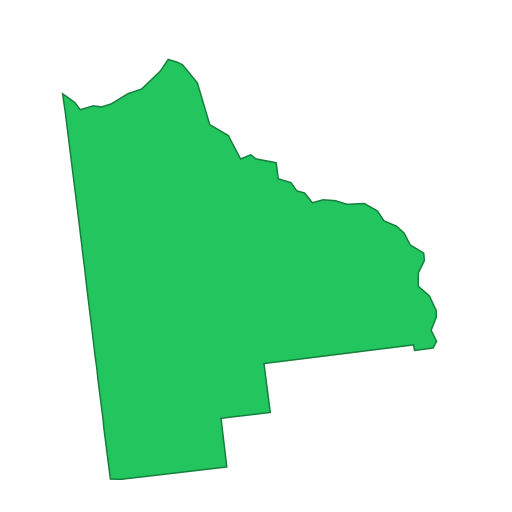 the district of Walla Walla, Washington, United States of America, rotated 83°
{"feature_id": "52423323B20376291216469", "entity_name": "Walla Walla", "entity_type": "district", "adm_level": 2, "iso_a3": "USA", "parent_name": "United States of America", "parent_adm1": "Washington", "projection": "mercator", "projection_center": [-118.574, 46.303], "detail": "fine", "context": "isolated", "style": "filled", "palette": "green", "viewbox_px": 512, "rotation_deg": 83, "n_neighbors": 0, "source": "geoboundaries", "source_scale": "gbopen_adm2", "svg_char_len": 1090}
<svg xmlns="http://www.w3.org/2000/svg" viewBox="0 0 512 512"><g transform="rotate(83 256 256)"><path d="M71.5,428.2L89.5,427.8L192.7,427.6L200.2,427.6L207.8,427.6L208.5,427.6L220.6,427.6L231.1,427.7L232.8,427.7L235.3,427.7L247.9,427.6L263.6,427.8L273.9,427.8L300.2,427.8L310.2,427.8L314.3,427.8L335.0,427.9L347.3,427.7L358.0,427.9L359.5,427.9L365.7,427.9L368.7,427.9L401.2,427.7L407.1,428.0L409.0,428.0L459.7,427.7L461.2,417.0L461.8,310.7L412.8,310.5L413.0,260.9L363.7,261.2L363.4,110.4L369.1,110.2L368.9,91.4L362.7,87.2L351.1,91.2L338.6,84.5L332.0,83.8L316.7,88.8L305.7,98.7L292.6,96.9L281.0,89.4L273.6,89.2L263.8,101.6L251.5,106.1L243.6,112.8L236.8,124.7L226.2,129.9L217.1,142.1L215.8,159.3L210.7,170.7L208.4,182.6L210.0,193.6L199.4,200.1L196.2,207.7L187.5,212.3L182.1,224.5L165.9,224.6L159.6,244.2L154.9,248.9L157.8,259.5L133.1,268.8L120.0,285.9L77.1,293.1L57.3,305.6L53.9,310.8L50.2,319.2L60.9,328.5L76.4,349.3L79.1,362.8L87.4,381.3L89.2,391.2L87.1,399.1L89.4,412.6L81.5,417.2L73.3,426.1L72.8,426.7L71.4,428.2L71.5,428.2Z" fill="#22c55e" stroke="#15803d" stroke-width="1.5"/></g></svg>